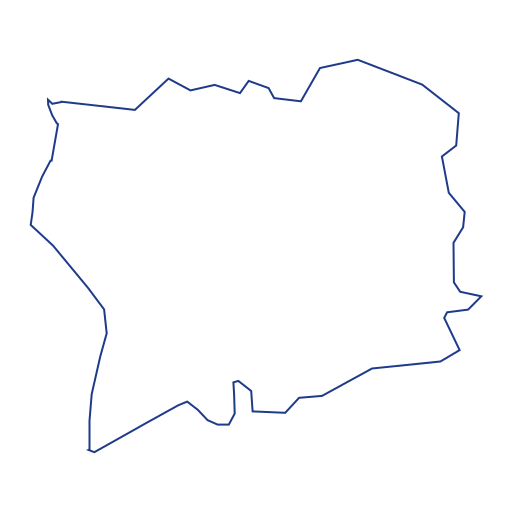 an SVG outline of Antrim
{"feature_id": "GBR-2092", "entity_name": "Antrim", "entity_type": "District", "adm_level": 1, "iso_a3": "GBR", "parent_name": "United Kingdom", "parent_adm1": "", "projection": "orthographic", "projection_center": [-6.293, 54.687], "detail": "fine", "context": "isolated", "style": "outline", "palette": "blue", "viewbox_px": 512, "rotation_deg": 0, "n_neighbors": 0, "source": "natural_earth", "source_scale": "10m", "svg_char_len": 933}
<svg xmlns="http://www.w3.org/2000/svg" viewBox="0 0 512 512"><path d="M30.7,224.9L32.5,212.5L33.6,197.7L42.1,176.6L50.5,160.7L51.6,160.7L58.0,124.2L57.2,123.4L56.8,123.3L52.2,115.3L48.2,104.8L48.0,99.7L52.3,103.8L61.5,102.0L61.5,101.7L134.9,109.9L168.5,78.6L190.5,90.4L214.6,84.9L240.0,93.1L248.7,80.9L268.6,88.1L274.1,98.1L300.9,101.3L320.0,68.0L357.7,59.8L422.2,84.6L458.8,113.2L456.2,145.5L441.9,156.5L448.8,192.8L464.7,211.9L463.1,227.3L453.5,242.8L453.9,282.4L460.2,291.8L481.3,296.3L468.1,309.6L447.1,312.3L444.2,317.9L459.6,350.1L440.4,361.5L372.0,368.5L322.0,395.9L299.1,397.8L285.2,412.8L252.6,411.4L251.2,391.0L238.3,380.9L233.4,382.4L234.1,394.3L234.7,413.6L228.8,424.6L217.6,424.6L207.5,420.1L197.9,409.9L187.2,401.6L178.2,405.3L146.6,422.8L94.3,452.2L88.5,449.9L89.5,449.4L89.5,420.8L91.7,394.1L100.3,356.3L106.7,333.3L104.1,309.4L88.2,288.1L53.1,245.7L30.7,224.9Z" fill="none" stroke="#1e3a8a" stroke-width="2"/></svg>